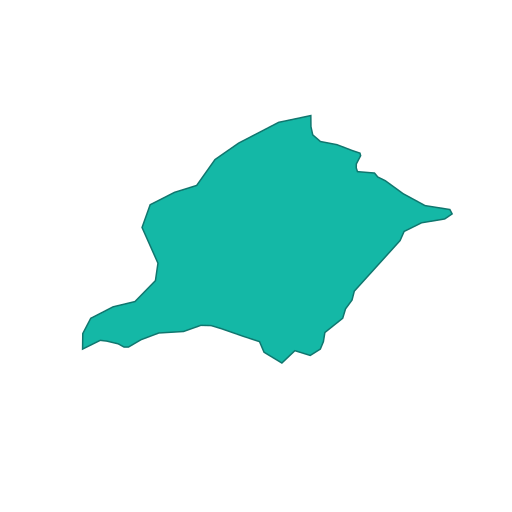 map outline of Pargaujas (Robinson projection), rotated 156°
{"feature_id": "LVA-5793", "entity_name": "Pargaujas", "entity_type": "Municipality", "adm_level": 1, "iso_a3": "LVA", "parent_name": "Latvia", "parent_adm1": "", "projection": "robinson", "projection_center": [25.076, 57.369], "detail": "fine", "context": "isolated", "style": "filled", "palette": "teal", "viewbox_px": 512, "rotation_deg": 156, "n_neighbors": 0, "source": "natural_earth", "source_scale": "10m", "svg_char_len": 909}
<svg xmlns="http://www.w3.org/2000/svg" viewBox="0 0 512 512"><g transform="rotate(156 256 256)"><path d="M246.9,143.1L259.0,153.7L275.9,147.7L287.8,164.8L287.6,176.3L300.4,187.9L317.1,203.6L325.3,210.7L334.6,215.1L352.9,216.5L376.1,225.2L395.0,226.3L409.5,224.7L413.6,226.5L417.6,231.8L427.0,239.0L432.6,242.3L452.3,241.5L445.8,255.6L432.3,266.3L407.1,267.7L385.1,263.6L357.9,274.4L348.5,289.3L348.5,319.0L348.5,328.4L331.8,345.9L304.5,347.3L281.5,344.6L254.2,360.8L225.9,366.2L180.9,368.9L148.8,362.0L153.2,351.8L154.9,343.6L150.6,334.4L136.8,324.8L125.4,313.4L119.2,307.7L119.6,305.1L126.9,299.3L128.6,295.7L129.0,291.8L114.0,283.6L112.6,278.6L107.2,272.1L96.2,253.0L81.1,233.3L60.0,219.6L59.7,214.7L68.5,213.1L91.2,219.0L110.7,218.2L118.1,211.5L180.5,183.9L186.2,176.7L195.7,171.3L202.1,163.9L224.2,158.1L229.3,150.3L235.1,144.8L246.9,143.1Z" fill="#14b8a6" stroke="#0f766e" stroke-width="1.5"/></g></svg>